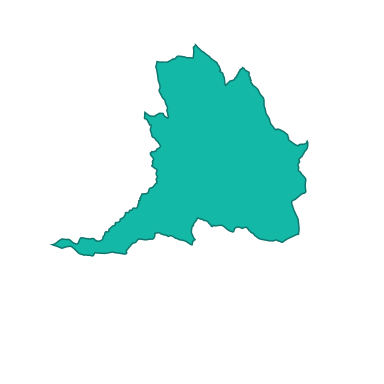 San Bernardo, Nariño, Colombia, rotated 129°
{"feature_id": "7082276B75597823165208", "entity_name": "San Bernardo", "entity_type": "district", "adm_level": 2, "iso_a3": "COL", "parent_name": "Colombia", "parent_adm1": "Nariño", "projection": "equal_earth", "projection_center": [-77.01, 1.531], "detail": "fine", "context": "isolated", "style": "filled", "palette": "teal", "viewbox_px": 384, "rotation_deg": 129, "n_neighbors": 0, "source": "geoboundaries", "source_scale": "gbopen_adm2", "svg_char_len": 6008}
<svg xmlns="http://www.w3.org/2000/svg" viewBox="0 0 384 384"><g transform="rotate(129 192 192)"><path d="M80.1,134.4L82.9,133.9L85.2,135.9L86.2,137.3L87.6,138.4L89.4,138.6L90.1,141.1L90.4,143.2L90.7,149.8L89.3,151.0L88.8,151.9L87.4,153.8L87.3,154.8L87.5,156.1L87.3,157.9L88.0,161.9L88.9,164.7L89.6,165.4L90.9,165.7L91.0,166.6L90.8,167.3L90.7,168.9L90.2,170.4L89.7,172.9L89.4,173.8L88.5,175.3L86.5,178.0L85.4,180.8L84.6,183.5L81.3,187.7L79.7,190.2L75.9,193.4L75.0,194.3L73.9,195.9L73.2,200.2L72.8,201.4L71.2,204.5L70.8,205.6L70.6,208.7L70.7,211.5L69.6,215.4L69.3,215.9L68.0,216.3L67.8,217.8L67.3,217.8L66.2,219.2L66.0,220.5L65.6,221.3L64.4,221.8L63.1,223.0L63.9,227.6L63.2,229.5L63.5,230.8L63.7,230.6L64.5,230.6L64.9,231.1L65.3,231.3L65.9,231.0L66.6,231.6L68.2,231.0L68.9,231.0L69.5,231.2L70.2,231.0L71.2,230.4L73.1,230.5L74.0,229.8L74.4,229.8L75.6,230.4L78.1,229.8L79.3,230.4L82.1,232.4L83.5,232.4L84.3,232.6L87.9,232.9L87.5,234.2L83.6,238.1L82.4,239.6L81.7,241.4L80.7,242.2L80.4,243.1L80.4,244.0L80.9,246.4L79.4,246.4L79.1,246.8L78.1,248.9L77.3,250.0L77.1,251.5L76.0,253.6L75.8,255.1L76.3,259.1L76.2,262.4L75.8,263.4L76.1,268.2L76.0,270.9L76.4,273.4L75.8,279.5L75.4,281.3L75.4,282.1L76.6,281.5L78.6,282.0L79.9,280.8L80.4,280.1L82.2,278.6L86.0,276.1L87.0,275.5L87.4,275.6L89.3,278.6L90.9,280.4L91.6,282.6L93.6,286.1L95.3,288.5L96.2,288.9L99.5,289.0L99.9,289.7L100.8,290.6L101.4,290.9L102.7,291.1L106.6,292.9L110.7,298.0L111.3,298.5L112.7,301.3L114.9,300.0L117.4,299.0L119.4,296.1L123.6,291.4L126.4,288.6L129.1,284.3L131.1,282.4L131.6,282.1L133.1,281.9L134.3,280.9L137.2,274.5L137.5,272.7L137.5,271.5L137.6,271.1L140.2,267.5L141.0,265.2L142.5,263.6L144.6,262.8L146.1,260.3L147.0,259.6L147.5,259.0L148.0,257.8L149.9,257.3L150.4,261.2L149.8,262.8L149.1,263.8L150.7,266.1L151.1,266.6L152.0,267.2L152.4,267.2L154.8,268.3L155.7,268.5L156.5,268.4L156.8,269.0L157.7,270.0L159.3,272.5L159.5,273.1L159.8,278.7L163.4,276.1L164.4,275.6L164.7,274.8L164.2,273.9L164.2,271.9L165.3,269.9L165.6,268.6L166.3,267.6L166.6,267.0L165.7,266.1L165.7,265.5L169.9,263.6L172.3,260.0L173.8,258.2L174.1,256.8L173.7,255.8L173.6,254.8L174.3,252.8L174.4,250.3L174.9,249.1L175.2,247.5L176.2,245.3L176.8,245.1L178.1,245.2L181.0,246.3L182.8,245.8L183.3,246.4L184.0,246.4L184.3,246.6L186.0,248.7L187.2,248.2L187.8,248.9L188.0,248.8L188.8,248.1L189.3,247.2L189.9,244.2L190.3,243.0L190.7,242.5L191.3,242.2L192.4,242.3L193.0,241.8L193.7,241.6L194.3,240.7L195.1,239.9L196.7,239.9L197.0,239.6L197.1,238.8L196.9,238.1L197.1,236.8L196.9,236.2L196.7,234.1L196.8,233.4L197.2,232.8L200.1,231.6L201.1,230.5L201.8,228.6L202.2,228.2L204.4,228.0L205.2,227.2L206.3,225.5L207.1,225.0L208.2,225.5L211.8,225.4L213.9,225.8L215.0,226.8L215.9,227.2L216.9,227.0L219.8,225.8L220.5,225.7L222.2,226.6L224.4,228.9L224.8,229.5L225.1,229.6L226.7,229.0L230.0,228.4L230.8,227.1L231.0,227.1L231.9,227.7L232.4,227.8L233.9,226.3L235.1,226.3L237.2,225.2L238.3,224.9L239.2,224.9L239.9,225.3L241.4,227.5L242.7,227.6L243.4,227.3L244.0,227.5L244.4,227.6L245.1,228.7L245.9,228.8L247.0,228.4L247.7,228.4L248.2,228.7L249.3,230.2L249.8,230.5L250.4,230.5L250.8,230.0L252.0,229.5L253.4,229.4L254.7,229.0L255.6,229.6L256.8,229.9L258.0,230.7L258.4,230.7L259.1,229.9L259.6,229.7L261.5,230.0L262.6,230.8L263.7,232.0L264.4,232.1L265.8,231.1L266.4,231.0L268.6,232.3L273.4,233.0L274.7,232.0L275.4,231.9L276.5,232.9L276.9,233.7L277.6,234.1L279.3,233.6L280.3,232.9L280.8,232.8L282.3,233.0L284.8,231.8L285.5,231.7L285.9,231.8L287.9,232.7L289.7,234.3L289.9,235.7L290.4,236.1L290.5,236.6L290.1,237.5L290.1,239.1L291.3,240.7L292.7,241.7L293.1,242.2L293.8,243.5L294.8,244.9L296.5,248.3L297.5,249.4L298.2,249.6L299.5,249.4L303.2,248.3L304.9,248.6L305.8,250.4L306.0,251.8L306.3,252.5L306.1,256.8L306.4,257.8L307.0,258.7L308.3,260.2L310.3,263.5L313.5,264.7L316.6,265.3L318.4,265.9L319.6,266.4L320.9,267.4L319.1,262.6L317.6,257.7L314.0,255.4L312.5,254.2L310.8,252.4L310.4,251.6L310.2,250.2L310.3,247.6L310.9,241.3L310.5,239.8L308.8,235.8L307.6,234.9L307.0,233.5L305.6,231.7L305.1,230.9L304.6,229.5L304.0,228.9L303.3,228.7L300.5,229.3L294.7,221.2L290.4,217.4L288.7,216.1L287.7,213.7L286.2,211.5L282.6,205.2L282.0,204.6L280.7,204.3L280.1,204.7L279.5,205.8L278.5,206.1L270.8,206.0L269.4,205.9L267.4,204.5L266.3,204.0L264.3,204.2L262.6,204.1L261.4,202.9L258.3,197.8L255.5,195.4L253.5,193.1L252.5,192.6L250.9,192.8L249.9,193.1L247.5,194.7L247.2,194.7L244.1,191.8L244.1,190.1L243.5,188.3L242.9,186.7L241.5,184.2L241.7,183.3L241.5,182.5L240.9,182.0L239.4,181.4L238.9,180.5L238.6,179.2L238.2,175.4L237.4,174.0L237.2,172.2L234.8,167.7L234.4,166.5L234.0,164.4L233.6,159.9L233.1,158.8L232.7,158.7L230.3,160.2L228.6,160.1L227.1,159.6L226.7,161.6L226.3,162.7L225.4,164.1L224.2,166.6L222.3,168.2L219.6,169.8L218.0,170.2L217.4,169.7L217.1,169.7L216.5,170.4L215.3,170.9L211.7,170.7L209.8,171.1L209.1,171.4L208.9,171.4L208.5,171.0L207.6,168.1L206.8,167.0L206.6,164.8L205.7,163.4L205.2,162.3L205.2,160.8L205.7,159.0L205.8,157.4L206.4,155.6L206.2,154.6L205.7,154.3L204.5,154.5L204.3,154.4L203.7,152.6L200.3,149.4L199.0,147.7L198.7,145.5L198.8,141.2L198.6,138.6L197.4,135.2L197.0,134.9L196.0,134.9L193.8,135.8L191.9,135.5L191.5,135.2L191.0,134.9L189.7,133.4L189.1,132.0L188.9,130.7L188.6,130.1L188.1,129.6L186.8,129.3L185.7,127.9L185.1,127.5L185.3,125.8L186.0,123.6L185.9,121.7L186.3,120.8L185.7,118.3L186.3,115.8L186.1,112.9L186.2,111.5L186.0,110.7L185.3,108.7L181.2,101.1L178.9,98.1L176.4,96.6L176.2,96.2L175.7,94.0L174.8,92.1L174.8,91.0L173.8,89.9L171.5,89.4L168.5,88.4L159.5,84.1L157.8,82.7L154.1,85.0L152.1,86.7L146.4,92.4L142.1,101.2L138.1,107.5L136.5,108.5L135.3,108.4L132.7,107.1L125.0,105.7L123.2,104.8L122.1,103.9L120.9,103.6L119.8,104.0L117.1,106.9L114.9,108.7L111.3,111.0L110.4,111.7L109.7,113.9L109.1,118.4L108.5,119.7L108.3,120.3L108.6,122.3L108.3,122.8L107.3,123.6L105.9,124.4L104.2,126.8L102.8,127.4L101.4,127.1L100.5,127.7L99.5,129.5L96.9,129.3L95.2,128.9L93.0,129.4L91.7,129.4L90.2,129.9L86.8,129.8L85.1,130.2L83.1,131.3L80.9,133.0L80.1,134.4Z" fill="#14b8a6" stroke="#0f766e" stroke-width="1.5"/></g></svg>